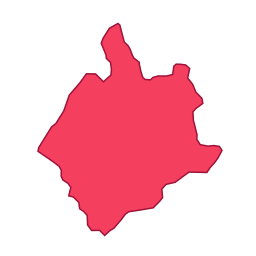 Livadia Larnakas, Larnaca, Cyprus, rotated 175°
{"feature_id": "46923920B34186369498316", "entity_name": "Livadia Larnakas", "entity_type": "district", "adm_level": 2, "iso_a3": "CYP", "parent_name": "Cyprus", "parent_adm1": "Larnaca", "projection": "orthographic", "projection_center": [33.633, 34.954], "detail": "fine", "context": "isolated", "style": "filled", "palette": "rose", "viewbox_px": 256, "rotation_deg": 175, "n_neighbors": 0, "source": "geoboundaries", "source_scale": "gbopen_adm2", "svg_char_len": 1264}
<svg xmlns="http://www.w3.org/2000/svg" viewBox="0 0 256 256"><g transform="rotate(175 128 128)"><path d="M160.6,23.0L154.7,27.5L150.9,29.3L143.1,36.9L138.1,42.4L134.6,44.5L123.4,45.2L109.8,46.3L102.8,52.3L99.6,55.7L99.6,64.2L95.1,68.5L85.8,69.8L71.1,78.8L53.3,76.8L49.7,81.3L44.4,86.3L40.7,90.7L36.3,97.5L38.6,101.7L43.9,103.0L50.0,103.0L57.5,105.1L60.5,110.8L59.8,115.1L61.4,125.2L62.2,130.0L61.9,138.5L58.7,141.5L51.3,146.0L51.8,151.1L57.3,157.9L59.8,165.9L64.2,172.6L61.4,181.9L65.1,185.8L70.6,187.0L74.5,187.4L76.9,185.6L78.9,177.4L85.1,176.4L93.4,177.2L98.7,176.2L101.5,174.0L106.8,174.9L108.9,177.2L110.2,182.9L111.1,190.0L111.1,192.5L116.0,197.1L117.3,200.0L119.0,206.2L120.8,210.1L124.2,213.9L125.4,220.6L127.2,231.4L128.9,233.0L137.8,229.0L144.9,219.7L147.3,214.7L145.0,207.5L143.4,202.1L143.6,199.3L139.7,194.8L139.4,187.9L140.4,182.2L144.0,179.6L148.4,176.2L155.6,184.7L164.7,185.6L172.3,176.9L183.6,165.9L190.5,150.6L199.5,138.7L199.8,138.5L204.1,135.7L218.6,116.3L219.7,112.6L205.3,100.7L200.0,95.9L198.1,91.6L198.8,85.9L197.5,82.0L192.6,78.1L190.1,73.7L191.5,70.1L192.9,65.5L188.5,64.1L183.4,58.0L183.4,54.5L183.2,51.8L179.5,48.8L176.3,44.5L176.7,34.9L173.2,29.1L165.2,28.5L160.6,23.0Z" fill="#f43f5e" stroke="#9f1239" stroke-width="1.5"/></g></svg>